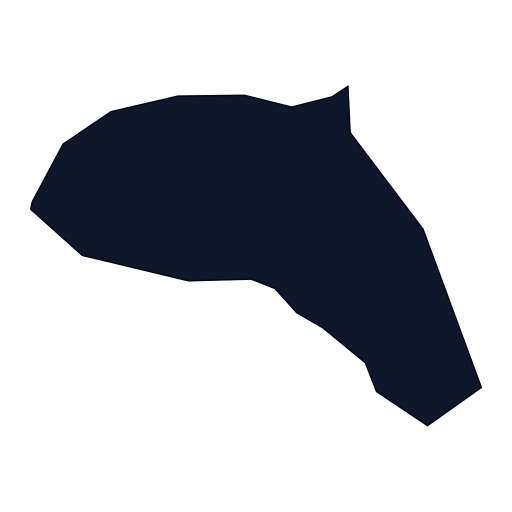 the Municipality of Kungota
{"feature_id": "SVN-959", "entity_name": "Kungota", "entity_type": "Municipality", "adm_level": 1, "iso_a3": "SVN", "parent_name": "Slovenia", "parent_adm1": "", "projection": "equal_earth", "projection_center": [15.594, 46.636], "detail": "fine", "context": "isolated", "style": "filled", "palette": "ink", "viewbox_px": 512, "rotation_deg": 0, "n_neighbors": 0, "source": "natural_earth", "source_scale": "10m", "svg_char_len": 388}
<svg xmlns="http://www.w3.org/2000/svg" viewBox="0 0 512 512"><path d="M291.6,107.1L332.0,96.9L347.9,86.4L350.1,132.6L423.0,229.2L481.3,387.4L427.5,425.6L376.5,391.5L365.4,362.8L323.0,327.9L296.8,312.7L275.0,288.5L251.2,279.1L188.5,280.8L82.3,255.4L30.7,209.2L32.4,201.6L63.1,144.1L111.0,111.7L177.9,96.1L244.4,95.3L291.6,107.1Z" fill="#0f172a" stroke="#020617" stroke-width="1.5"/></svg>